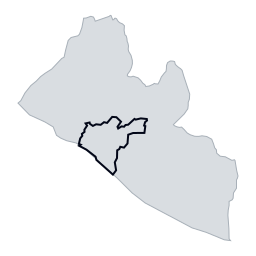 where Grand Bassa sits in Liberia
{"feature_id": "LBR-785", "entity_name": "Grand Bassa", "entity_type": "County", "adm_level": 1, "iso_a3": "LBR", "parent_name": "Liberia", "parent_adm1": "", "projection": "albers", "projection_center": [-9.727, 6.117], "detail": "coarse", "context": "in_parent", "style": "outline", "palette": "ink", "viewbox_px": 256, "rotation_deg": 0, "n_neighbors": 0, "source": "natural_earth", "source_scale": "10m", "svg_char_len": 2328}
<svg xmlns="http://www.w3.org/2000/svg" viewBox="0 0 256 256"><path d="M18.0,103.1L20.8,100.7L25.0,92.9L30.9,85.5L36.3,81.1L40.6,76.6L45.2,73.2L51.7,69.1L61.7,58.5L64.1,57.2L65.7,49.8L68.2,40.4L71.1,37.5L77.9,35.8L79.5,34.2L81.9,27.6L83.4,19.8L83.6,18.2L86.2,18.0L90.8,16.3L93.5,17.1L94.6,19.3L95.2,21.2L109.1,16.4L110.3,15.4L111.0,15.5L112.8,19.9L113.8,19.6L114.6,18.3L115.5,18.2L116.6,18.8L117.7,20.8L119.5,22.6L122.5,23.9L124.4,25.7L124.1,30.3L124.9,34.8L126.2,35.9L126.9,38.5L127.2,41.5L127.9,43.1L128.5,46.0L128.2,49.2L128.7,51.5L131.0,55.4L132.3,60.3L132.4,63.7L131.5,67.4L130.1,70.7L127.5,74.3L127.3,75.8L128.8,76.7L131.1,76.9L133.1,76.2L138.0,77.8L140.6,80.2L142.8,83.2L144.9,84.7L145.8,86.5L149.3,86.0L153.3,84.2L154.2,83.4L155.4,83.8L158.0,84.0L159.8,80.7L161.3,77.0L164.4,73.0L166.0,71.4L166.4,68.8L166.5,65.5L167.6,62.6L170.2,61.0L173.0,61.1L174.6,61.6L175.3,64.4L177.6,66.6L179.5,68.0L180.5,68.6L182.1,70.3L183.7,75.9L189.7,94.1L189.4,99.1L188.2,102.4L188.2,105.6L187.8,108.8L184.2,114.0L173.4,124.6L174.2,125.6L176.8,126.8L179.4,127.4L181.6,127.1L184.3,129.7L187.2,133.0L190.3,134.8L194.8,136.3L198.7,136.4L202.0,135.8L206.7,136.5L211.7,139.2L213.5,143.8L214.7,147.8L216.4,149.8L216.7,153.2L220.2,156.2L225.3,156.8L231.8,160.3L233.5,160.1L234.2,159.7L235.0,160.4L236.7,170.6L238.0,176.0L237.4,178.2L236.5,179.9L236.5,188.2L233.5,192.9L233.1,198.2L232.2,199.8L229.1,201.4L229.1,205.4L228.2,210.2L227.9,215.3L228.9,228.7L229.1,238.8L230.5,240.6L224.3,239.8L206.1,232.3L192.1,227.9L145.2,203.0L132.1,192.9L117.1,178.0L83.8,147.9L76.2,143.0L66.6,140.7L60.7,138.1L56.5,135.3L53.2,126.9L44.8,121.9L29.5,114.9L18.0,103.1Z" fill="#d9dde1" stroke="#a8b0b8" stroke-width="1"/><path d="M112.9,174.6L96.4,159.9L95.6,156.8L86.5,149.7L79.1,145.8L80.7,144.7L78.9,143.9L80.2,138.4L82.3,135.8L81.9,133.9L84.5,131.9L84.4,129.7L87.1,125.6L85.6,123.4L89.6,122.5L90.0,123.9L92.9,125.9L96.1,124.3L100.7,124.8L104.0,122.2L107.1,122.9L112.2,116.9L116.4,117.2L121.0,121.7L117.5,126.8L118.2,128.5L121.5,126.4L124.1,126.7L125.5,125.0L128.2,124.7L134.5,118.9L135.7,119.6L140.8,118.4L146.8,119.0L147.0,120.5L145.1,122.1L144.1,125.6L145.3,126.1L144.4,132.9L133.1,133.0L128.2,134.7L127.5,143.5L124.0,147.6L120.3,146.8L119.3,149.1L117.2,150.3L117.0,158.1L114.8,162.3L116.1,170.3L112.9,174.6Z" fill="none" stroke="#020617" stroke-width="2"/></svg>